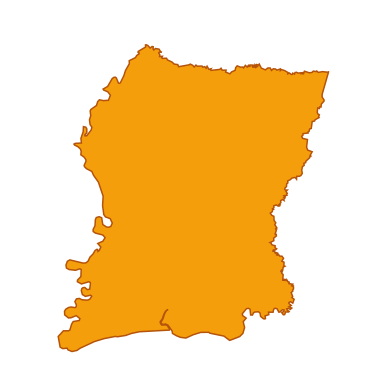 outline of Aguadulce, Coclé, Panama, rotated 83°
{"feature_id": "35544464B59836826406650", "entity_name": "Aguadulce", "entity_type": "district", "adm_level": 2, "iso_a3": "PAN", "parent_name": "Panama", "parent_adm1": "Coclé", "projection": "natural_earth1", "projection_center": [-80.598, 8.21], "detail": "fine", "context": "isolated", "style": "filled", "palette": "amber", "viewbox_px": 384, "rotation_deg": 83, "n_neighbors": 0, "source": "geoboundaries", "source_scale": "gbopen_adm2", "svg_char_len": 5937}
<svg xmlns="http://www.w3.org/2000/svg" viewBox="0 0 384 384"><g transform="rotate(83 192 192)"><path d="M47.0,228.5L47.6,227.5L48.5,227.8L49.8,230.3L51.7,231.7L54.0,238.3L57.1,238.6L63.3,243.2L68.3,245.5L74.9,249.8L75.3,250.9L75.0,251.7L69.6,253.2L68.7,254.1L68.7,255.6L69.7,257.4L77.0,262.9L79.0,267.7L80.0,267.3L82.3,263.4L86.0,261.2L90.8,263.8L90.5,268.8L89.2,272.7L90.8,274.6L94.5,276.3L97.8,282.4L99.2,283.2L104.0,283.2L107.9,285.0L112.8,284.9L115.4,283.5L118.0,284.4L123.3,289.5L123.3,291.3L122.3,291.5L120.4,289.2L116.6,288.7L114.7,289.5L113.9,291.8L119.0,292.7L125.2,295.7L129.9,295.8L129.5,302.0L130.1,303.3L131.1,302.8L133.0,299.9L135.6,297.6L138.0,297.0L141.5,297.8L144.3,294.8L147.0,293.4L148.6,293.5L152.4,295.8L153.8,295.6L156.0,293.9L159.4,288.9L163.4,287.7L170.8,283.7L185.3,280.7L194.5,282.4L203.7,282.3L206.2,280.9L208.4,276.5L213.1,274.9L216.3,276.8L216.8,278.8L216.4,281.0L213.4,284.5L206.5,284.8L205.2,287.2L205.7,290.1L207.7,291.3L213.7,292.4L217.1,294.7L219.2,294.9L221.0,292.9L223.8,285.8L226.7,283.8L230.0,286.5L231.6,291.8L235.5,289.2L238.7,291.2L239.5,292.6L237.6,292.7L237.3,293.3L238.2,295.3L241.6,297.9L244.2,301.2L248.0,303.6L249.4,305.9L249.3,308.7L244.5,321.6L245.6,324.2L249.2,326.0L252.2,325.9L254.0,323.4L255.5,317.2L254.6,312.7L255.4,311.4L262.4,312.6L265.5,316.4L267.1,316.7L269.8,312.9L268.5,305.3L269.5,304.0L270.6,304.0L276.0,305.4L276.1,307.8L273.7,310.0L273.7,311.9L274.4,313.1L276.4,313.9L280.4,313.3L282.6,310.6L282.1,305.2L283.2,304.2L286.0,306.6L286.6,309.1L285.6,314.2L283.9,316.9L284.0,319.7L286.5,321.6L290.2,320.5L292.1,321.2L292.5,322.2L291.4,326.0L291.6,328.6L293.1,331.8L295.0,333.1L298.5,333.3L302.0,329.9L302.0,327.0L300.6,322.0L304.0,318.7L305.8,319.5L306.1,325.7L308.5,327.6L314.2,330.1L314.7,331.8L314.1,336.6L319.1,342.4L329.9,341.8L331.7,339.4L331.8,335.0L333.6,334.3L335.7,330.6L335.2,325.4L333.5,322.3L328.6,307.3L326.8,297.1L326.0,285.7L326.6,283.6L326.3,275.3L325.0,269.3L324.3,261.1L326.3,231.3L325.2,231.0L321.5,232.9L320.7,234.1L320.4,238.2L318.8,239.3L316.8,239.4L314.3,236.9L310.1,234.9L307.1,232.8L305.9,230.9L305.7,230.0L306.6,231.8L308.9,233.7L314.3,236.3L317.9,238.9L319.9,237.4L319.8,234.3L321.2,232.1L327.5,228.7L330.0,228.6L332.8,224.9L334.8,221.3L336.2,215.9L333.8,208.2L332.4,200.4L333.3,192.5L334.3,191.5L338.9,177.9L343.8,172.8L343.7,171.8L341.3,162.3L338.5,158.7L332.9,156.3L327.0,157.0L323.8,153.6L320.8,156.8L319.0,156.9L314.4,152.1L314.4,150.0L315.4,148.7L321.2,148.8L321.5,147.0L319.4,145.6L318.8,144.2L319.0,140.6L320.5,139.2L323.8,139.1L326.5,136.6L326.9,135.1L326.5,134.5L323.9,134.6L323.1,130.7L320.6,130.7L321.2,126.2L318.3,125.2L317.5,123.8L318.2,121.9L321.9,120.4L321.7,119.1L319.9,116.7L320.3,115.0L321.6,115.3L322.7,117.6L325.0,116.3L325.0,115.0L322.5,113.7L322.9,110.7L322.3,110.1L321.0,111.8L319.5,112.2L319.3,110.7L320.5,108.7L319.4,107.1L317.7,109.7L316.7,107.3L314.6,109.3L313.5,109.3L312.9,107.6L314.6,105.5L310.9,103.7L309.0,105.7L308.0,104.8L303.9,105.8L302.6,104.0L301.4,104.0L300.7,103.1L298.6,102.8L297.4,104.3L297.2,103.2L296.5,103.9L295.8,103.2L294.7,107.0L293.3,106.5L292.6,107.9L291.2,108.2L291.3,109.2L290.3,109.2L290.7,110.1L290.2,110.1L289.9,111.4L290.8,111.5L290.6,112.7L285.1,111.6L283.5,112.9L281.9,112.1L282.2,113.0L281.5,113.5L280.3,112.5L280.3,111.4L277.6,110.6L277.0,108.8L276.3,109.8L272.9,109.2L271.6,111.3L269.0,109.2L266.7,110.5L266.3,112.7L264.0,114.1L265.1,114.8L264.8,115.6L263.0,114.6L262.4,115.9L262.9,116.8L260.9,117.3L260.6,118.9L259.4,118.3L259.6,116.2L258.7,114.9L257.5,116.4L255.5,116.0L254.2,119.1L252.2,119.8L251.7,120.7L250.3,116.7L247.8,116.6L245.9,113.6L244.4,113.5L244.3,114.5L243.6,114.6L240.7,113.1L238.8,113.4L238.9,112.5L238.0,112.7L237.8,112.2L234.5,113.8L232.8,112.6L230.3,114.0L226.1,113.7L224.9,115.6L222.5,116.9L221.3,114.7L219.5,114.2L219.2,113.3L218.4,114.1L217.6,112.6L215.7,112.6L215.1,109.9L216.5,108.2L216.5,106.7L215.5,106.1L215.1,107.2L213.4,105.1L211.4,105.1L210.5,103.2L211.6,101.7L210.5,101.9L209.2,100.4L208.5,101.4L207.9,100.2L206.9,101.1L206.8,98.1L205.4,98.3L205.0,97.6L202.9,98.6L201.7,97.2L201.5,99.1L200.8,99.6L199.3,99.2L198.2,97.6L195.4,97.0L194.7,95.8L192.6,95.6L191.7,92.8L190.4,91.2L190.1,88.8L190.4,87.7L192.0,86.7L189.2,86.2L189.5,83.4L188.9,81.9L187.0,80.3L183.6,80.4L180.3,79.3L179.2,77.4L177.2,77.5L176.7,75.6L175.4,75.3L172.2,70.9L171.0,70.7L170.8,69.6L169.9,70.2L166.7,67.8L164.5,72.1L161.5,72.8L154.0,71.0L152.2,75.7L150.1,76.3L149.2,75.0L147.6,74.7L147.6,69.6L146.6,69.6L146.2,68.5L143.7,67.5L143.5,65.9L136.7,64.1L136.5,61.7L135.2,60.9L133.6,56.8L132.8,57.2L130.9,56.2L129.9,57.5L128.2,58.0L123.9,57.0L124.6,55.4L123.1,54.9L123.4,53.6L120.5,52.9L117.9,49.9L116.8,49.7L113.8,51.2L111.1,51.0L88.9,41.6L89.7,42.4L88.4,47.9L88.7,52.1L87.1,53.4L87.6,54.1L86.8,56.9L87.9,58.2L88.0,61.0L85.8,65.7L88.3,66.9L87.9,69.0L87.0,67.9L86.9,72.3L85.9,73.6L86.0,75.2L87.5,75.9L86.3,77.5L87.4,78.1L87.5,79.0L85.7,80.9L86.3,82.5L85.1,82.2L82.8,85.2L81.4,88.2L82.2,89.5L80.6,89.3L81.4,92.9L80.1,94.1L79.6,96.3L81.0,98.3L78.5,99.2L78.1,101.5L79.7,104.3L77.5,108.1L73.2,109.7L74.2,110.6L73.3,112.4L74.2,113.2L73.4,114.0L75.0,114.1L74.8,112.6L75.4,111.9L76.3,113.8L75.4,115.0L75.6,116.4L74.8,116.7L74.1,115.4L73.5,115.8L73.0,119.1L73.6,119.7L74.2,119.3L74.3,120.4L73.3,120.7L74.7,122.0L72.8,123.6L75.1,125.7L74.2,126.3L74.0,128.6L72.3,131.8L73.9,133.5L76.5,134.4L77.6,138.0L79.3,140.0L77.1,144.0L75.2,143.3L74.8,147.2L72.7,148.1L73.7,149.3L73.6,158.4L72.8,158.8L72.0,158.1L72.3,160.3L69.0,161.7L70.9,162.9L69.1,164.1L69.5,166.1L68.2,166.7L67.8,171.4L66.5,172.6L68.2,174.6L66.3,175.9L64.8,178.2L65.4,179.1L66.0,190.0L63.8,190.6L62.9,194.0L60.6,196.0L57.9,200.3L56.1,201.0L55.8,205.0L55.1,205.7L53.7,204.8L53.6,207.7L52.0,207.2L49.8,208.1L49.2,207.3L49.6,204.9L48.8,206.1L46.2,207.3L45.1,210.8L46.4,212.6L45.3,213.2L43.1,212.8L42.7,213.9L44.0,216.0L41.3,217.9L40.2,219.6L40.4,220.3L42.4,220.3L45.9,228.3L47.0,228.5Z" fill="#f59e0b" stroke="#b45309" stroke-width="1.5"/></g></svg>